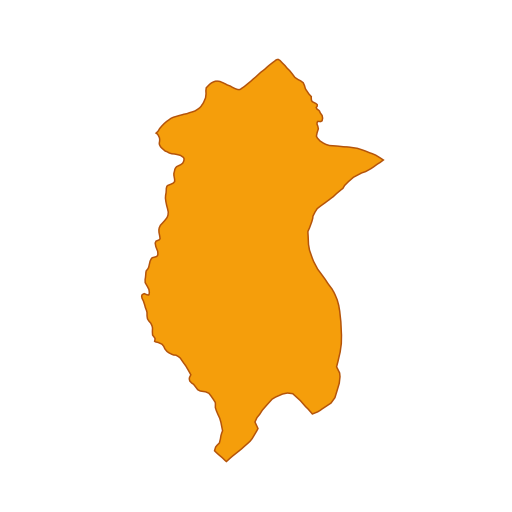 Srei Santhor, Kâmpóng Cham, Cambodia, rotated 139°
{"feature_id": "14789045B31299536957784", "entity_name": "Srei Santhor", "entity_type": "district", "adm_level": 2, "iso_a3": "KHM", "parent_name": "Cambodia", "parent_adm1": "Kâmpóng Cham", "projection": "natural_earth1", "projection_center": [105.161, 11.842], "detail": "fine", "context": "isolated", "style": "filled", "palette": "amber", "viewbox_px": 512, "rotation_deg": 139, "n_neighbors": 0, "source": "geoboundaries", "source_scale": "gbopen_adm2", "svg_char_len": 4863}
<svg xmlns="http://www.w3.org/2000/svg" viewBox="0 0 512 512"><g transform="rotate(139 256 256)"><path d="M96.9,244.9L97.9,248.5L99.5,253.6L101.1,256.9L102.6,259.5L104.6,263.5L106.3,266.5L108.9,270.8L114.2,277.0L116.0,278.9L117.9,280.6L120.1,283.0L122.5,285.6L123.9,287.0L128.1,291.2L130.0,294.3L131.1,297.0L132.2,300.8L132.3,304.7L131.8,306.8L129.1,308.9L127.3,310.0L125.5,311.1L124.2,313.4L123.4,315.6L122.1,316.8L121.0,317.0L119.0,315.0L117.4,314.7L115.3,316.3L113.9,318.7L113.7,320.8L113.6,321.9L113.0,323.8L113.1,324.9L113.3,325.8L113.6,326.9L113.1,328.6L111.4,329.0L110.5,330.1L110.8,331.9L111.7,334.1L112.3,335.8L111.8,337.4L110.4,339.3L109.7,340.0L109.8,343.6L109.1,349.3L108.7,350.5L107.6,352.8L106.7,355.8L107.4,358.9L108.5,361.6L109.5,365.3L109.2,369.2L109.0,373.8L109.3,377.6L109.2,380.8L109.5,384.5L109.6,387.7L110.2,389.7L111.1,390.4L112.8,390.9L113.7,390.8L115.8,391.0L119.0,391.2L121.7,391.3L124.3,391.3L126.3,391.2L129.1,391.3L131.2,391.5L133.4,391.5L136.1,391.4L139.0,391.3L142.0,391.4L145.1,391.3L148.1,391.4L152.3,391.5L154.3,391.6L157.2,392.0L158.3,392.0L159.1,392.3L160.1,393.1L160.9,394.1L162.0,396.1L162.6,397.5L163.3,399.2L163.9,401.1L164.7,402.6L165.4,403.8L165.8,404.8L166.1,405.8L166.6,406.8L167.2,408.3L167.9,409.6L168.5,411.0L169.3,412.1L170.4,413.3L172.0,414.6L174.2,415.4L176.3,415.9L178.5,416.0L180.8,415.8L183.2,415.6L185.4,413.6L187.2,411.3L188.6,410.0L190.4,408.4L192.3,407.5L194.1,406.6L196.1,405.8L197.6,405.5L199.2,405.0L201.0,404.8L202.7,404.9L205.1,405.2L206.9,405.5L209.4,406.5L212.2,407.8L214.7,408.7L217.6,410.4L219.4,411.2L221.8,412.4L224.7,413.7L227.3,414.9L228.9,415.4L230.0,415.7L232.7,415.9L235.2,416.2L238.4,416.2L241.8,415.9L245.1,415.4L248.1,414.4L250.8,414.3L250.5,413.3L250.5,411.6L250.9,410.0L251.3,408.6L252.2,407.2L253.3,406.0L255.0,404.6L255.8,403.4L256.4,401.0L256.3,399.1L256.0,396.9L255.7,394.8L254.7,393.0L254.2,391.5L253.9,390.7L253.1,389.4L252.7,388.7L252.1,388.0L250.8,386.7L249.7,385.3L248.3,383.4L247.0,381.5L246.6,380.0L246.1,378.1L246.4,376.7L247.6,375.5L248.9,374.7L250.6,374.1L252.9,374.3L255.4,375.0L257.4,375.5L259.1,375.2L260.3,374.7L261.9,373.5L263.8,372.2L265.0,370.8L267.1,367.3L268.5,365.6L270.5,365.3L273.1,366.0L276.2,367.1L277.5,367.1L279.3,365.9L280.6,364.5L282.3,362.8L284.4,361.1L286.4,359.1L288.2,356.4L290.3,352.7L291.8,349.6L293.4,346.7L295.6,344.6L297.6,343.5L298.7,343.2L301.8,342.6L305.1,342.2L308.0,341.9L310.6,340.7L312.1,339.5L313.7,337.5L315.6,334.2L317.0,332.0L318.4,331.7L321.7,332.8L323.6,331.9L325.4,328.9L326.3,326.4L327.2,323.9L328.8,321.8L330.0,320.9L331.6,320.9L333.5,321.8L335.5,322.8L336.9,322.6L339.3,321.6L343.0,318.9L344.6,317.8L345.4,317.5L346.2,317.2L347.4,317.0L348.6,316.8L350.0,315.7L351.3,314.4L353.3,312.5L355.1,311.0L357.1,308.6L358.0,304.0L358.8,300.9L359.4,300.0L359.9,299.2L360.5,298.4L361.6,297.4L362.6,297.0L363.7,298.2L365.0,300.9L366.2,301.3L367.7,301.4L368.8,300.5L369.8,298.7L370.5,295.9L372.2,291.9L373.3,289.7L374.4,286.7L375.3,284.9L377.5,282.3L379.1,279.8L379.5,277.3L379.5,274.3L380.3,271.5L381.3,269.6L384.0,266.7L385.9,264.2L386.1,261.5L386.3,260.0L387.3,259.0L388.5,258.1L388.1,257.0L386.6,255.0L385.3,252.2L384.8,251.0L384.9,248.4L385.7,245.7L385.8,242.4L385.3,240.2L384.0,237.0L383.1,235.3L381.5,233.7L380.6,231.2L380.1,228.7L380.4,226.2L380.8,222.5L381.1,219.0L382.3,212.8L383.1,209.1L385.8,208.0L387.0,207.0L388.0,205.1L387.9,202.4L387.3,200.1L387.5,196.3L387.7,193.3L386.7,190.8L385.3,189.1L383.1,186.5L381.6,183.3L381.8,179.7L382.3,175.3L382.8,172.2L383.6,171.1L386.1,168.3L387.4,165.3L388.7,161.3L389.8,157.4L391.6,153.5L395.9,146.0L398.0,144.9L400.2,143.5L403.0,141.2L406.3,138.9L409.6,138.7L411.8,138.3L413.4,137.3L415.1,136.2L414.9,133.7L414.6,131.1L413.8,125.9L413.5,122.2L413.2,120.3L411.6,120.3L408.5,120.4L405.1,120.4L400.9,120.2L393.4,119.9L389.4,120.0L384.9,120.0L382.0,120.1L378.7,120.7L370.2,123.5L367.7,124.5L365.7,131.4L361.3,133.4L357.1,134.1L352.4,135.5L345.2,136.5L337.7,137.4L333.8,136.7L326.5,134.4L322.2,132.0L318.6,128.0L317.4,117.8L317.4,109.8L317.1,106.4L317.1,99.8L311.7,97.9L308.8,97.4L306.4,97.2L303.4,96.8L296.6,95.9L295.9,95.8L289.4,97.3L284.1,100.6L276.7,105.3L271.8,109.8L269.6,112.9L267.9,119.5L263.4,122.6L262.7,123.1L255.4,128.4L249.1,133.9L243.4,140.2L242.0,142.0L235.2,150.6L229.0,159.5L226.0,164.4L223.5,169.6L221.8,174.7L221.0,177.6L220.7,179.3L220.3,181.1L219.8,188.0L219.1,193.1L218.5,200.2L218.1,205.6L216.1,214.2L214.8,217.8L213.2,221.8L211.8,225.3L208.8,230.3L204.1,236.2L201.0,240.2L200.3,240.7L197.4,242.0L194.3,243.7L191.4,245.3L188.5,247.2L186.9,248.7L182.5,250.5L178.7,251.6L174.7,251.4L168.1,250.8L162.5,250.4L160.7,250.3L158.9,250.1L154.2,250.3L148.7,250.2L146.1,250.0L142.9,251.1L137.3,251.5L130.8,251.5L121.8,249.4L117.9,247.8L114.7,247.1L111.8,246.5L108.7,246.1L106.1,245.9L103.9,245.7L101.1,245.2L96.9,244.9Z" fill="#f59e0b" stroke="#b45309" stroke-width="1.5"/></g></svg>